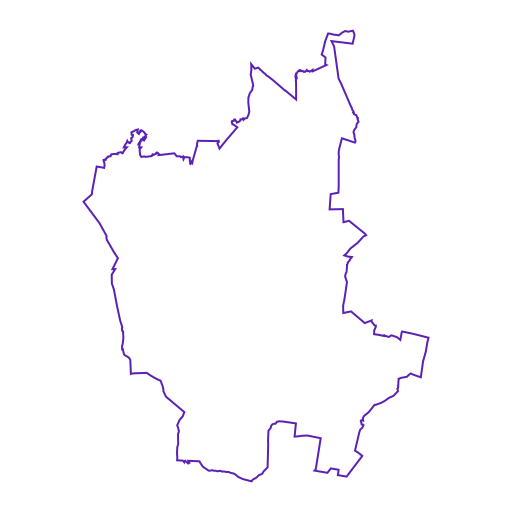 San José del Rincón, México, Mexico (Robinson projection)
{"feature_id": "50627088B61980296912974", "entity_name": "San José del Rincón", "entity_type": "district", "adm_level": 2, "iso_a3": "MEX", "parent_name": "Mexico", "parent_adm1": "México", "projection": "robinson", "projection_center": [-100.117, 19.636], "detail": "fine", "context": "isolated", "style": "outline", "palette": "violet", "viewbox_px": 512, "rotation_deg": 0, "n_neighbors": 0, "source": "geoboundaries", "source_scale": "gbopen_adm2", "svg_char_len": 6025}
<svg xmlns="http://www.w3.org/2000/svg" viewBox="0 0 512 512"><path d="M251.2,64.1L251.4,69.7L250.7,74.6L253.1,84.7L253.2,86.0L252.7,86.7L252.2,89.9L249.9,93.1L248.4,97.6L248.3,102.6L249.3,111.8L248.4,115.0L247.0,118.0L244.8,118.5L243.7,119.6L243.6,118.6L243.1,118.3L242.8,118.8L242.2,119.2L240.6,119.4L240.7,119.9L240.0,120.4L239.9,121.0L238.4,122.1L237.7,122.0L237.1,122.5L237.0,121.9L236.6,122.0L234.9,119.4L234.1,119.6L233.7,120.9L231.9,121.2L231.7,121.7L232.4,124.3L233.3,124.4L237.3,127.3L226.3,140.1L219.5,148.6L217.5,143.5L217.6,143.0L218.9,141.8L218.6,140.8L218.0,141.1L197.8,140.8L196.9,144.2L197.2,146.0L196.8,146.2L192.7,160.6L192.3,162.9L192.0,162.5L191.6,162.8L191.4,162.2L190.6,163.9L189.9,164.5L190.4,163.3L189.9,161.5L189.8,157.8L188.7,157.4L184.1,157.1L183.8,156.8L183.8,158.6L183.5,159.2L183.1,157.6L182.6,157.1L181.1,156.8L180.8,157.0L180.2,156.4L176.7,156.2L174.3,153.3L159.0,155.1L158.7,155.1L159.1,154.2L158.0,153.2L157.3,153.1L157.4,152.7L156.8,152.5L156.3,152.9L156.6,153.5L155.5,154.0L153.9,154.5L153.8,154.9L153.3,155.0L152.5,154.4L152.4,154.6L152.7,154.9L151.9,155.6L151.9,156.0L152.4,156.0L145.5,156.9L144.6,156.4L141.3,156.9L140.1,154.9L139.6,149.3L141.2,147.4L139.1,147.3L139.7,144.3L138.4,144.4L138.7,143.5L139.4,143.6L140.0,142.9L139.5,142.6L140.0,141.3L141.4,140.6L141.0,139.4L141.3,139.1L141.6,139.1L141.8,139.9L142.4,139.1L143.1,139.7L143.3,139.1L143.8,139.4L144.2,140.2L145.7,137.9L142.3,137.6L144.9,137.2L145.3,136.9L144.7,136.7L145.8,135.6L145.9,134.6L146.1,134.5L144.8,133.7L144.7,132.8L143.3,131.5L141.1,130.2L140.8,130.3L141.0,130.9L140.6,131.6L140.1,131.1L138.9,133.9L137.2,132.5L137.8,129.5L135.3,130.2L134.1,131.1L131.4,132.3L131.7,134.8L132.7,135.1L132.6,136.2L132.8,136.0L132.7,136.9L132.2,137.5L131.1,138.2L131.6,140.2L130.7,140.4L131.5,140.5L131.4,141.5L130.2,142.1L129.9,143.1L129.4,143.2L129.1,142.7L128.1,142.2L127.3,140.9L126.5,143.0L125.2,144.7L123.8,147.4L126.8,147.3L124.9,149.5L123.2,152.0L122.9,153.0L122.5,153.3L121.0,152.2L117.7,152.9L117.6,154.2L114.9,153.9L111.3,154.3L110.5,156.3L108.3,156.4L108.0,157.1L107.4,157.1L106.8,158.0L106.0,158.6L105.6,159.2L105.8,159.7L105.3,160.0L105.0,159.6L103.6,159.9L103.6,160.8L104.4,163.2L104.6,165.3L104.1,167.9L96.7,166.5L92.1,191.4L91.9,194.3L83.5,201.7L99.4,223.0L106.6,236.0L106.4,238.0L106.9,239.9L113.9,252.1L117.9,258.2L112.5,269.1L115.2,269.1L111.7,274.7L111.9,283.7L113.8,289.1L117.3,307.4L119.7,318.4L120.4,321.4L122.3,327.1L121.9,328.2L122.0,329.7L122.4,331.2L123.0,331.4L123.4,337.6L122.7,343.7L122.1,346.0L122.1,349.3L122.8,349.2L123.9,354.0L124.7,355.2L127.5,356.7L128.9,357.7L130.3,359.8L130.9,373.9L131.7,373.6L134.7,373.3L146.9,372.9L150.1,375.2L153.6,377.3L158.1,379.7L160.5,380.6L162.5,385.7L163.4,389.5L163.4,391.2L166.0,396.7L184.3,412.1L182.8,416.2L179.6,419.9L177.2,425.3L178.2,428.0L178.9,431.5L178.0,434.4L178.2,444.0L177.3,447.2L177.0,452.7L177.3,458.0L177.1,460.3L182.8,460.6L184.2,462.2L184.4,461.3L185.1,460.7L188.2,463.5L189.4,462.8L188.4,460.8L199.3,461.3L202.8,466.7L208.6,470.6L209.4,470.8L212.2,470.2L213.6,470.7L215.8,470.8L217.8,471.3L220.1,470.8L221.9,471.5L224.6,471.5L226.0,472.0L227.8,471.9L229.0,472.1L230.4,472.8L233.6,473.5L235.8,474.8L238.0,476.8L242.9,479.1L251.6,481.3L251.9,480.6L253.1,479.4L256.5,477.6L258.8,475.2L262.1,473.9L263.7,471.3L267.6,467.3L268.2,444.0L268.0,440.5L268.5,430.6L270.7,427.9L271.3,425.6L272.4,424.3L275.1,423.5L275.5,423.7L276.6,422.4L276.8,421.8L279.2,421.3L282.8,421.5L295.9,423.4L294.6,436.6L299.6,436.2L300.6,435.9L307.2,435.5L320.7,438.2L315.8,469.0L314.5,470.6L327.4,472.8L330.9,468.4L338.6,469.8L337.9,475.1L346.6,476.6L362.3,455.9L358.3,452.7L355.0,450.7L359.3,432.3L360.2,429.7L362.2,427.9L363.5,425.2L363.3,424.7L361.6,424.4L361.3,422.4L360.7,421.2L361.1,420.4L361.9,420.2L363.1,420.6L362.9,419.0L363.0,417.9L364.1,415.9L368.8,412.1L374.6,404.8L375.4,404.9L381.1,402.9L384.6,401.0L389.0,397.8L393.5,395.8L398.0,391.1L397.4,388.7L397.9,388.3L398.1,387.4L398.0,387.2L398.3,386.6L398.0,385.7L398.3,385.1L398.4,380.9L398.9,379.2L398.7,378.8L401.3,377.8L406.8,376.8L409.6,374.2L410.8,373.5L413.4,374.7L420.8,377.3L423.1,361.2L425.9,351.2L427.2,343.1L428.5,337.7L413.4,333.9L402.1,331.5L401.7,332.4L400.3,339.9L397.0,337.2L392.4,335.6L391.1,335.4L389.2,336.8L388.2,336.9L386.8,336.2L384.7,336.1L384.9,335.8L384.7,335.5L384.3,335.8L383.7,335.3L382.0,335.7L381.2,335.5L381.0,335.2L374.1,334.2L374.2,330.4L375.8,326.9L375.8,325.6L375.1,325.7L374.4,325.2L371.7,321.7L371.5,321.0L371.6,320.4L364.8,323.1L351.0,311.4L343.3,313.0L343.1,305.8L344.4,299.4L346.9,282.7L346.9,282.0L345.1,276.4L345.3,275.4L345.8,273.2L346.5,272.1L347.0,266.7L347.0,264.6L347.7,263.7L347.7,262.7L349.6,260.4L350.5,258.6L351.1,258.2L351.9,257.0L348.0,256.6L344.3,255.4L346.5,253.5L350.4,248.5L357.9,242.6L363.4,236.5L366.1,235.2L364.7,233.5L349.0,220.8L343.5,222.2L342.9,209.1L329.6,209.4L330.7,194.1L338.4,192.7L338.7,186.5L338.7,159.2L339.1,157.0L338.7,154.9L338.7,151.8L339.3,148.4L341.9,138.3L354.9,142.6L355.4,141.8L355.5,141.0L354.6,137.7L354.3,134.2L354.0,133.8L353.5,132.0L354.3,129.8L356.3,127.2L356.6,124.5L357.1,123.4L358.5,121.8L358.1,120.8L358.1,120.1L357.6,119.5L357.9,118.0L357.3,117.8L356.3,115.2L354.3,114.4L354.0,113.9L353.8,112.4L353.2,112.4L353.5,111.7L353.2,110.9L352.5,110.3L351.6,107.4L351.2,107.0L341.1,83.6L338.6,78.6L334.1,46.5L331.5,41.1L352.6,43.7L354.4,36.0L354.3,33.8L352.9,30.7L348.1,31.7L345.2,31.0L341.9,32.8L338.9,35.3L333.4,34.6L329.8,33.6L328.1,33.5L325.1,41.5L323.3,49.4L321.7,54.6L325.5,57.5L325.2,64.3L326.5,65.0L312.7,71.3L312.6,69.8L309.8,71.7L308.9,71.0L307.4,71.1L306.8,70.0L305.3,71.7L304.7,71.9L303.9,71.9L303.5,71.2L302.3,71.3L301.9,70.9L301.1,71.1L300.8,70.6L300.2,71.2L299.5,71.1L300.1,70.3L299.5,70.1L297.6,71.7L296.6,73.6L296.0,73.6L296.9,79.3L295.9,75.2L295.4,75.5L295.5,77.0L296.0,78.8L295.8,81.0L296.0,81.2L296.1,86.6L296.1,99.5L285.2,90.4L284.8,90.4L273.4,80.5L268.7,76.8L266.1,75.1L265.5,74.1L263.4,72.6L261.4,70.5L259.9,69.4L259.9,69.1L258.1,67.6L254.8,68.7L251.2,64.1Z" fill="none" stroke="#5b21b6" stroke-width="2"/></svg>